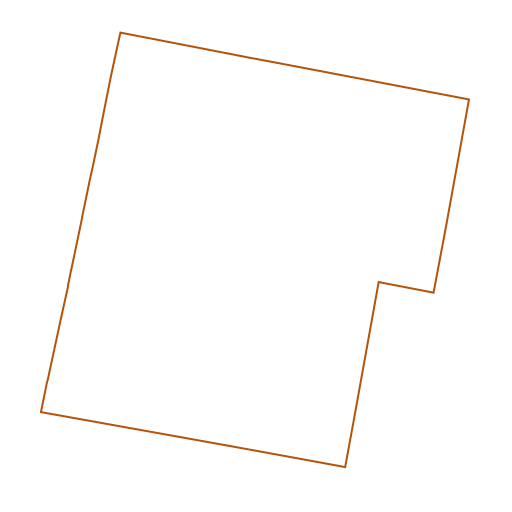 outline of Winnebago, Illinois, United States of America, rotated 281°
{"feature_id": "52423323B41764216695730", "entity_name": "Winnebago", "entity_type": "district", "adm_level": 2, "iso_a3": "USA", "parent_name": "United States of America", "parent_adm1": "Illinois", "projection": "robinson", "projection_center": [-89.16, 42.325], "detail": "fine", "context": "isolated", "style": "outline", "palette": "amber", "viewbox_px": 512, "rotation_deg": 281, "n_neighbors": 0, "source": "geoboundaries", "source_scale": "gbopen_adm2", "svg_char_len": 532}
<svg xmlns="http://www.w3.org/2000/svg" viewBox="0 0 512 512"><g transform="rotate(281 256 256)"><path d="M61.7,74.7L64.6,274.8L65.8,383.8L115.5,383.3L253.8,381.4L253.9,437.3L322.1,436.9L450.3,435.2L449.6,236.3L449.4,209.5L449.4,80.3L446.9,80.2L405.5,79.3L405.4,79.3L389.4,79.2L387.7,79.2L363.2,79.1L339.4,79.1L316.0,78.8L300.9,78.4L298.0,78.3L294.0,78.3L260.6,77.9L259.1,78.0L209.0,77.3L207.3,77.2L191.6,77.1L188.4,77.3L178.4,77.0L154.7,76.4L95.2,75.2L91.7,74.9L61.7,74.7Z" fill="none" stroke="#b45309" stroke-width="2"/></g></svg>